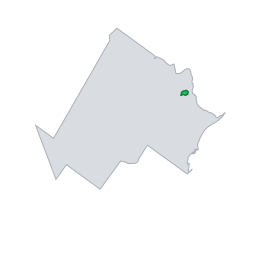 Monguel, Gorgol, Mauritania (highlighted), rotated 216°
{"feature_id": "47542326B31251685847111", "entity_name": "Monguel", "entity_type": "district", "adm_level": 2, "iso_a3": "MRT", "parent_name": "Mauritania", "parent_adm1": "Gorgol", "projection": "mercator", "projection_center": [-12.888, 16.524], "detail": "fine", "context": "in_parent", "style": "filled", "palette": "green", "viewbox_px": 256, "rotation_deg": 216, "n_neighbors": 0, "source": "geoboundaries", "source_scale": "gbopen_adm2", "svg_char_len": 3850}
<svg xmlns="http://www.w3.org/2000/svg" viewBox="0 0 256 256"><g transform="rotate(216 128 128)"><path d="M111.3,211.0L111.1,210.9L109.8,210.0L109.1,208.9L108.1,208.1L106.6,207.5L105.7,206.9L105.3,206.2L104.7,205.7L104.2,205.4L104.1,205.2L104.2,204.8L104.1,204.2L103.3,202.7L102.5,202.1L101.8,202.2L101.4,202.0L101.2,201.7L101.1,201.2L100.6,200.8L99.8,200.6L99.2,199.5L98.7,197.5L98.1,196.0L97.3,194.9L96.7,194.5L96.3,194.4L96.2,194.2L96.1,193.9L95.5,193.8L94.6,194.1L93.9,194.0L93.5,193.5L93.0,193.4L92.3,193.9L91.6,193.7L90.8,193.0L90.3,192.3L90.2,191.6L88.9,190.2L86.2,188.1L83.3,187.1L80.1,187.3L78.4,187.2L78.0,186.8L77.6,186.9L77.2,187.3L76.8,187.3L76.4,187.1L76.1,187.3L76.0,187.8L74.9,188.1L72.8,188.1L71.1,188.4L69.8,189.1L67.9,189.4L65.5,189.3L64.1,189.0L63.6,188.6L62.9,188.6L62.1,188.8L61.3,189.8L60.6,191.7L60.0,192.7L59.5,193.0L59.1,194.4L58.8,196.7L58.4,197.7L58.4,191.9L59.0,189.8L59.3,187.9L60.7,183.6L62.5,180.2L64.1,175.6L64.7,171.1L64.5,166.7L64.0,162.8L63.2,160.2L62.4,156.4L61.2,154.5L59.1,152.7L58.6,151.7L59.1,151.3L60.4,151.1L61.2,149.7L59.5,150.2L61.5,146.1L62.1,143.3L62.0,141.4L62.4,140.2L60.9,137.8L59.7,134.6L59.1,134.1L58.4,133.8L58.4,134.6L58.0,135.3L57.3,134.9L56.0,132.6L54.1,128.8L53.5,128.4L52.9,129.0L52.6,129.4L52.0,132.6L51.8,131.3L52.1,129.9L52.5,128.1L53.0,125.6L54.6,125.6L57.5,125.6L63.2,125.6L66.0,125.6L71.8,125.6L74.6,125.6L80.3,125.5L83.2,125.5L88.9,125.5L91.7,125.5L97.4,125.5L100.3,125.5L102.2,125.5L102.1,123.7L102.0,122.3L101.9,120.4L101.8,118.5L101.6,116.7L101.5,114.9L101.4,113.1L101.3,111.4L101.2,109.9L101.1,109.0L100.4,107.3L100.3,106.5L100.5,105.5L100.9,104.7L102.0,103.1L103.7,101.9L105.6,100.5L107.1,99.4L107.9,99.2L110.2,98.8L112.0,98.0L113.8,97.2L114.6,96.8L114.6,95.3L114.6,62.1L123.5,62.1L125.8,62.1L142.0,62.1L144.3,62.1L156.2,62.1L156.2,60.5L156.2,58.3L156.2,55.1L156.1,52.0L156.1,46.5L156.1,44.1L158.5,45.7L163.2,48.8L165.5,50.3L170.2,53.4L174.9,56.5L179.6,59.6L181.9,61.1L184.2,62.6L186.6,64.2L188.9,65.7L193.6,68.7L195.6,70.0L198.6,72.1L201.4,74.0L204.2,75.9L199.9,75.9L194.0,75.9L190.1,75.9L186.0,75.9L182.2,75.9L182.5,79.1L182.8,82.5L183.2,85.9L183.6,89.3L183.9,92.6L185.0,102.8L185.3,106.1L185.7,109.5L186.0,112.8L186.4,116.2L187.1,122.8L187.5,126.2L187.8,129.5L188.2,132.8L188.5,136.1L188.9,139.4L189.6,146.0L189.9,149.3L190.3,152.6L190.6,155.9L191.0,159.1L191.4,162.4L191.7,165.7L192.1,168.9L192.8,175.4L193.1,178.7L193.5,181.9L193.8,185.1L194.2,188.3L195.7,189.9L197.5,192.0L197.0,194.9L196.3,198.4L195.6,202.2L190.5,202.2L185.4,202.2L172.7,202.2L170.1,202.2L157.4,202.2L154.9,202.2L150.0,202.2L148.5,202.1L148.0,201.8L147.8,199.8L147.4,200.0L146.9,200.5L146.6,201.2L146.7,202.0L146.6,202.7L145.0,202.9L142.8,203.4L140.5,203.8L138.1,203.6L137.3,203.5L136.5,203.2L134.6,202.9L133.6,202.9L132.4,203.0L131.1,203.1L130.6,203.5L129.6,204.9L128.6,206.6L127.9,206.6L127.2,205.7L125.2,203.9L122.7,201.6L121.6,200.5L121.0,200.4L119.9,201.2L118.9,202.0L117.8,203.1L117.4,204.2L117.0,205.4L116.8,206.9L116.4,208.6L115.6,210.0L114.6,211.1L113.8,211.6L113.5,211.9L111.3,211.0ZM60.4,147.2L59.6,148.4L59.2,148.0L59.1,147.1L59.8,145.9L60.1,145.3L60.8,145.0L60.4,147.2Z" fill="#d9dde1" stroke="#a8b0b8" stroke-width="1"/><path d="M99.6,190.4L100.0,191.4L100.5,192.6L101.4,192.6L102.0,192.9L102.4,192.7L102.8,192.7L103.2,192.6L103.5,192.2L103.6,191.9L103.7,191.7L103.8,191.6L103.9,191.4L104.0,191.3L104.1,191.2L104.2,190.9L104.3,190.8L104.5,190.7L104.7,190.4L104.8,190.4L105.0,190.3L105.1,190.2L105.1,189.9L105.3,189.7L105.3,189.4L105.4,189.2L105.7,188.6L105.5,188.3L105.5,188.1L105.3,187.7L105.2,187.4L105.1,187.2L104.7,187.0L104.4,186.9L104.5,186.4L104.5,185.5L104.5,184.9L104.4,185.4L104.0,186.0L103.6,186.5L103.6,186.8L103.3,187.4L103.0,187.7L102.8,187.8L100.9,188.1L100.4,188.6L100.3,189.8L100.1,189.8L100.1,190.3L99.6,190.4Z" fill="#22c55e" stroke="#15803d" stroke-width="1.5"/></g></svg>